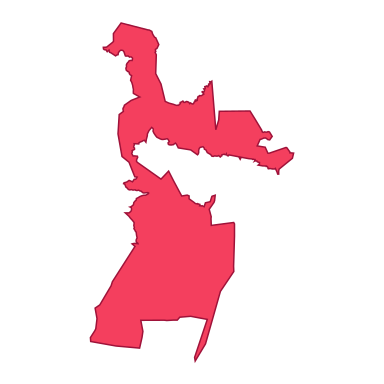 the district of Santiago Tamazola, Oaxaca, Mexico
{"feature_id": "50627088B25658637599997", "entity_name": "Santiago Tamazola", "entity_type": "district", "adm_level": 2, "iso_a3": "MEX", "parent_name": "Mexico", "parent_adm1": "Oaxaca", "projection": "orthographic", "projection_center": [-98.227, 17.745], "detail": "fine", "context": "isolated", "style": "filled", "palette": "rose", "viewbox_px": 384, "rotation_deg": 0, "n_neighbors": 0, "source": "geoboundaries", "source_scale": "gbopen_adm2", "svg_char_len": 5956}
<svg xmlns="http://www.w3.org/2000/svg" viewBox="0 0 384 384"><path d="M132.1,243.9L135.0,246.4L112.4,281.7L111.1,285.8L99.8,304.9L95.1,308.1L97.0,318.6L95.8,328.7L94.9,330.6L90.4,337.6L90.7,341.5L116.0,346.0L139.6,348.1L142.0,337.5L142.9,331.4L140.8,320.3L164.2,320.2L166.8,320.5L173.3,320.1L177.3,320.1L179.8,317.2L190.7,316.3L207.3,319.4L194.6,357.4L195.2,361.0L205.5,343.9L220.4,291.4L233.8,271.5L233.6,266.2L234.5,236.2L234.5,223.9L233.7,222.5L211.3,225.4L211.0,218.7L211.2,216.7L209.2,209.3L214.0,202.4L214.6,200.6L215.2,195.2L212.1,196.2L211.8,196.6L210.2,201.7L205.4,202.8L204.1,206.7L202.1,205.7L201.4,206.0L200.8,205.8L199.6,205.8L199.9,204.8L199.9,204.4L198.4,204.1L198.0,203.7L197.7,203.6L197.5,204.0L196.2,203.7L195.3,203.5L193.9,202.3L189.1,198.8L189.1,195.9L187.2,195.1L181.7,196.0L173.7,181.1L168.6,171.1L161.0,179.1L137.4,162.4L136.5,161.3L136.6,159.9L137.0,158.7L137.7,157.4L137.4,156.2L134.3,155.9L133.1,156.0L131.7,153.4L132.4,151.9L132.1,150.6L134.5,149.4L134.5,148.1L133.6,147.2L133.8,146.1L134.3,144.9L134.1,143.7L138.8,143.9L139.0,142.7L140.7,141.8L141.8,141.5L143.0,140.7L144.4,140.3L145.9,142.2L146.4,139.2L147.3,135.8L147.4,133.9L149.0,130.6L151.7,127.4L153.1,128.6L153.3,129.7L153.0,131.1L153.9,133.1L155.7,135.8L157.0,137.3L158.5,138.0L160.0,138.8L161.6,139.4L162.9,139.5L165.5,139.1L167.1,138.7L168.0,139.3L169.3,141.5L168.1,142.7L168.2,144.0L169.1,144.8L171.1,145.0L173.6,144.6L174.3,143.8L175.5,143.1L176.5,144.3L178.3,147.9L190.7,149.9L197.5,154.8L198.3,153.9L198.7,152.5L198.7,150.3L199.2,148.5L200.1,147.4L203.0,146.7L204.2,148.0L204.4,149.2L205.9,149.9L207.3,152.6L210.6,154.5L211.9,156.2L213.3,156.4L214.9,155.8L215.9,156.1L217.5,156.1L218.7,155.6L218.8,155.8L219.6,156.4L219.8,156.7L220.4,157.0L221.0,156.2L221.8,155.8L221.9,154.8L224.1,154.2L224.7,154.3L225.0,154.7L226.1,154.7L226.4,154.0L226.7,154.9L227.4,155.7L228.4,155.8L229.0,154.9L238.8,156.8L240.2,159.3L240.7,158.3L239.8,157.0L249.0,158.7L251.6,158.9L252.1,159.0L252.5,159.4L253.5,159.2L254.6,159.7L255.6,159.3L255.2,159.7L255.2,160.1L254.6,161.1L255.0,160.9L256.9,161.0L257.0,161.4L257.3,161.8L258.3,162.2L259.5,162.5L259.4,164.3L258.8,164.6L258.2,165.1L262.7,165.9L266.0,166.0L266.2,166.4L266.6,166.1L267.5,166.8L268.0,167.7L268.0,168.4L268.2,168.7L268.6,168.7L268.9,168.8L269.8,168.5L270.6,168.6L272.4,169.0L272.8,168.8L273.1,169.0L274.5,169.0L275.3,168.4L276.9,171.7L277.7,174.1L278.7,174.1L278.7,171.1L279.1,169.1L292.4,158.3L293.6,153.1L289.9,152.8L289.9,152.0L286.9,147.8L286.6,147.6L285.9,147.5L269.2,153.2L267.9,153.2L265.2,147.2L257.2,145.9L260.1,139.4L261.5,139.1L263.7,138.1L265.6,138.0L266.5,138.5L267.8,139.6L269.7,139.9L272.2,136.4L269.5,132.0L268.1,131.6L267.0,132.1L266.0,132.2L265.2,132.0L264.3,131.9L263.7,132.3L263.0,132.4L262.2,131.8L262.2,131.4L261.7,130.5L261.7,130.3L261.4,129.9L261.4,129.5L261.1,129.3L260.9,128.8L255.1,119.2L250.0,111.0L219.3,111.3L218.7,120.0L215.8,129.8L211.8,81.2L210.8,82.0L210.6,82.1L209.9,81.6L209.7,81.6L210.2,83.7L208.9,83.9L208.6,84.1L208.6,84.4L208.9,84.6L209.0,84.9L208.9,85.1L208.2,85.9L208.0,86.7L207.6,86.7L207.1,86.0L206.7,85.9L206.3,86.1L206.0,86.4L205.1,86.5L204.8,86.6L205.2,88.2L205.2,88.7L204.8,88.9L203.8,88.9L204.3,89.8L204.5,90.4L204.3,91.2L203.4,92.4L203.0,92.2L202.6,91.6L202.3,91.6L202.1,91.8L202.3,92.4L202.8,92.9L203.3,93.0L203.5,92.8L203.7,94.3L203.3,94.4L201.6,95.6L200.6,95.7L199.5,95.6L199.2,96.2L198.3,96.4L198.0,96.6L197.8,97.6L197.3,98.6L197.3,100.3L197.1,100.5L196.4,100.3L195.9,99.9L195.3,100.0L195.0,100.4L195.1,100.7L195.9,100.6L196.1,100.9L195.6,101.3L194.3,101.9L193.5,103.7L193.2,103.9L192.7,104.0L192.1,103.9L192.0,103.7L190.7,103.3L190.6,102.9L190.4,102.9L189.7,103.6L188.9,102.4L188.2,102.2L188.0,101.8L187.6,101.7L186.3,101.5L185.9,101.9L185.4,102.0L185.0,102.4L183.9,102.4L183.6,101.8L183.2,101.5L183.1,101.2L182.7,101.1L181.8,101.8L181.2,102.0L180.5,102.4L180.2,102.4L180.1,102.6L180.4,103.3L180.2,103.7L179.7,104.2L179.3,104.3L179.1,104.8L178.3,105.4L177.9,105.4L177.6,105.2L176.4,105.4L173.4,104.3L168.9,103.1L165.2,101.4L161.0,84.0L155.7,73.6L156.3,54.8L155.1,52.3L155.8,51.5L155.5,50.8L155.4,49.4L157.0,48.4L158.8,44.6L155.7,37.7L154.6,37.3L152.7,34.2L151.8,31.4L149.2,30.0L147.9,29.9L121.1,23.0L113.4,33.6L113.5,41.4L112.4,42.5L106.5,47.2L103.3,47.3L103.5,49.0L104.3,49.7L106.0,49.9L107.2,51.7L109.0,50.1L109.6,52.3L110.9,52.8L115.6,55.9L116.6,55.1L118.1,54.7L118.3,53.0L119.2,51.5L119.8,50.9L120.6,50.3L121.6,50.2L122.9,50.5L123.9,51.7L125.3,55.8L125.8,56.1L128.2,56.0L129.5,57.1L130.0,56.9L131.4,57.0L132.5,58.1L132.5,59.1L132.1,60.5L130.7,60.4L129.2,60.7L128.4,61.9L127.5,62.8L126.8,63.8L126.7,64.5L126.4,64.8L126.4,65.0L126.5,66.9L125.9,68.1L126.2,70.1L127.0,70.8L127.6,71.5L128.4,71.6L129.3,72.5L129.3,73.6L130.2,74.8L131.6,75.6L130.6,80.3L131.7,82.2L132.7,85.5L133.0,87.6L133.4,89.3L133.3,91.9L133.4,93.4L139.8,97.0L131.2,100.4L124.4,105.2L124.0,106.6L123.0,108.4L123.0,109.5L123.4,111.4L119.2,114.5L118.0,133.9L122.0,156.5L129.0,162.2L134.8,176.8L137.1,177.1L136.4,178.5L135.6,179.3L134.2,179.3L132.5,181.8L129.1,180.4L127.0,181.9L125.3,182.5L124.1,182.7L123.6,183.7L124.8,184.2L125.9,187.1L126.6,187.5L128.4,189.5L129.7,189.9L131.5,189.6L133.0,190.1L135.2,189.8L135.6,190.2L136.1,190.4L136.9,190.5L137.7,190.4L138.2,190.2L138.7,190.2L140.1,191.0L141.0,191.1L142.8,192.7L143.8,193.0L147.3,192.6L147.9,192.6L148.6,192.9L148.6,193.4L147.9,194.0L146.7,194.7L145.3,195.3L143.9,195.2L142.0,195.7L140.0,196.5L137.5,198.0L136.4,198.5L136.2,200.1L135.2,200.9L134.1,202.2L133.7,202.9L133.7,203.6L133.4,204.8L131.5,206.4L130.8,206.8L130.1,207.0L131.2,207.5L131.5,208.7L131.5,209.5L131.3,210.6L130.7,211.5L129.0,212.9L125.3,212.9L128.9,216.2L130.5,218.3L132.3,220.2L134.1,222.5L134.0,224.5L133.8,225.1L133.9,225.9L134.4,227.5L133.9,228.5L134.5,229.7L134.9,230.0L135.5,231.5L136.2,232.1L136.5,235.0L137.1,237.9L136.3,239.5L136.1,240.9L136.3,241.9L137.8,243.2L138.0,243.7L134.4,243.4L133.2,243.6L132.1,243.9Z" fill="#f43f5e" stroke="#9f1239" stroke-width="1.5"/></svg>